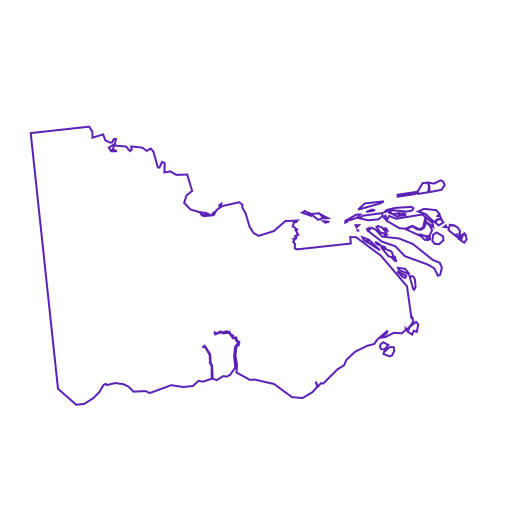 South Fly District, Western, Papua New Guinea (Natural Earth projection), rotated 354°
{"feature_id": "67681753B32450151371022", "entity_name": "South Fly District", "entity_type": "district", "adm_level": 2, "iso_a3": "PNG", "parent_name": "Papua New Guinea", "parent_adm1": "Western", "projection": "natural_earth1", "projection_center": [142.961, -8.494], "detail": "fine", "context": "isolated", "style": "outline", "palette": "violet", "viewbox_px": 512, "rotation_deg": 354, "n_neighbors": 0, "source": "geoboundaries", "source_scale": "gbopen_adm2", "svg_char_len": 6207}
<svg xmlns="http://www.w3.org/2000/svg" viewBox="0 0 512 512"><g transform="rotate(354 256 256)"><path d="M295.6,230.3L297.2,226.8L296.2,227.3L300.4,225.1L289.0,224.3L276.3,233.1L260.7,236.2L256.0,232.9L252.6,226.0L250.2,212.7L247.4,206.5L247.9,203.8L245.0,200.8L227.8,202.8L221.7,206.1L218.2,210.9L209.5,211.0L207.0,210.3L206.1,209.4L204.9,206.7L195.7,202.9L190.1,195.7L193.2,188.5L199.3,184.6L196.1,167.8L185.2,167.0L179.6,162.9L173.6,163.3L174.9,154.2L172.4,152.6L169.2,158.0L167.6,157.6L164.9,141.4L162.5,138.1L158.2,140.0L154.4,136.4L143.4,134.0L143.5,137.2L141.6,138.5L138.3,133.6L126.8,131.3L124.5,134.9L128.6,137.3L122.9,136.7L120.9,132.9L127.4,129.7L128.9,125.0L126.8,124.9L124.7,128.1L122.5,127.9L118.2,125.2L116.7,119.1L105.7,121.2L106.3,115.5L103.7,109.9L44.8,110.2L45.2,367.3L61.6,385.1L69.5,385.2L79.3,380.4L86.0,374.9L90.8,368.4L93.3,367.5L94.3,368.8L102.5,367.6L110.7,369.6L115.7,372.7L120.0,378.1L132.0,378.8L136.1,381.2L158.2,375.6L169.9,378.7L179.6,378.7L185.7,374.2L190.1,375.4L199.1,373.5L200.4,360.7L199.0,357.9L199.6,349.5L195.6,340.7L193.0,341.4L195.6,339.9L200.1,348.9L199.7,357.7L200.9,360.3L200.1,373.4L204.0,375.3L210.8,372.0L214.2,372.9L217.6,371.7L223.7,364.8L223.8,352.9L225.7,344.3L229.6,340.0L227.6,338.5L227.2,335.9L224.6,335.5L221.1,329.5L215.2,329.5L212.7,328.2L207.2,329.7L206.5,326.8L207.8,329.0L213.1,327.3L214.9,328.6L218.0,327.8L221.8,328.7L222.6,331.3L224.9,332.7L225.1,335.1L227.7,334.9L228.2,337.9L230.5,339.9L229.4,342.9L227.0,344.2L225.1,353.4L225.8,361.7L224.4,369.8L236.9,378.5L242.2,378.9L260.6,385.2L277.1,400.2L287.5,402.1L298.3,397.1L303.4,392.2L302.1,387.1L304.1,392.2L307.3,389.3L309.5,389.9L325.1,377.3L332.1,373.9L335.2,368.6L344.5,361.6L357.2,356.9L364.2,355.9L368.3,351.5L379.1,344.0L377.7,346.7L370.9,350.4L376.4,350.1L385.0,346.8L393.0,348.1L397.1,345.3L397.3,343.7L398.2,345.2L403.8,340.1L405.7,336.7L405.0,333.4L404.1,333.7L403.0,302.0L380.4,268.9L357.5,247.8L351.7,247.1L351.6,253.5L297.6,253.7L295.3,252.5L296.1,248.1L294.4,245.7L296.2,243.7L295.3,243.0L297.7,242.7L296.6,239.7L298.2,241.2L299.2,238.4L300.0,238.8L298.6,235.4L299.4,234.1L298.1,234.3L298.3,232.7L295.6,230.3ZM400.0,253.5L383.5,249.9L377.5,242.1L374.1,240.1L370.0,242.7L382.6,254.8L395.6,260.9L404.0,271.7L426.4,282.7L432.0,287.0L434.9,294.6L437.3,293.8L439.6,287.0L438.1,282.0L431.4,278.4L413.2,260.4L400.0,253.5ZM399.2,233.6L392.7,230.1L389.5,234.5L401.6,243.4L407.7,244.5L414.6,242.3L421.2,246.5L425.2,245.1L428.6,235.0L425.7,232.1L399.2,233.6ZM431.8,243.3L428.7,240.6L425.9,245.7L422.7,247.1L419.0,246.3L414.4,242.7L408.3,245.3L422.2,253.6L425.4,257.5L428.9,258.1L430.8,257.5L430.8,255.5L427.6,256.1L427.3,254.2L420.0,251.3L428.5,254.4L430.9,253.7L433.8,248.7L431.8,243.3ZM439.9,229.2L428.0,226.7L421.9,228.7L429.0,232.0L436.8,240.9L440.2,238.4L444.2,238.3L443.0,234.9L442.2,235.7L440.7,235.2L442.9,233.4L439.9,229.2ZM434.9,201.0L435.8,205.1L435.0,210.6L447.4,209.6L451.1,205.1L450.0,201.6L447.5,200.0L440.7,202.6L434.9,201.0ZM385.9,226.5L366.4,227.1L362.8,229.3L371.2,232.2L381.8,232.3L386.2,229.3L385.9,226.5ZM444.1,256.0L438.2,251.5L434.5,253.2L432.9,259.3L435.0,262.6L439.2,263.4L444.0,260.1L444.1,256.0ZM423.7,208.6L423.8,211.2L433.9,210.6L435.4,204.8L434.6,201.0L429.4,200.9L423.7,208.6ZM399.5,222.7L390.9,223.9L388.3,225.7L397.0,224.9L410.8,227.6L416.0,227.1L417.6,224.9L415.9,223.4L399.5,222.7ZM455.9,246.9L452.0,245.2L450.2,250.4L455.7,255.9L457.8,255.6L456.8,256.9L458.1,258.3L460.9,256.3L461.4,252.2L459.6,248.8L456.2,246.1L455.1,245.9L455.9,246.9ZM408.0,348.3L410.2,340.9L408.3,338.2L401.4,342.7L399.0,347.1L403.0,350.5L405.2,346.8L408.0,348.3ZM306.4,217.7L314.8,221.7L314.8,219.9L321.6,226.5L327.0,225.2L323.2,220.1L315.1,220.0L309.3,216.4L306.4,217.7ZM383.4,361.0L379.5,360.6L373.3,364.8L372.6,366.8L378.3,369.7L380.7,369.3L383.7,364.8L383.4,361.0ZM362.4,220.6L385.4,216.6L388.8,215.0L369.7,215.1L362.4,220.6ZM406.6,292.0L408.9,305.4L409.7,306.2L411.5,303.3L411.6,295.8L410.2,292.8L406.6,292.0ZM391.3,271.5L392.5,270.0L391.2,265.7L381.2,260.1L387.7,270.1L391.3,271.5ZM466.3,257.8L465.7,255.2L464.5,255.7L461.9,261.1L462.4,256.1L460.5,258.9L460.1,257.5L459.3,260.1L464.5,264.5L467.2,261.6L466.7,256.2L466.3,257.8ZM373.7,362.5L378.3,358.4L373.6,355.1L370.6,357.0L369.7,359.3L370.6,361.5L373.7,362.5ZM386.0,247.0L387.9,246.0L384.3,240.9L380.8,239.0L378.9,239.6L382.0,245.6L386.0,247.0ZM440.9,244.7L445.9,242.2L444.0,239.0L441.0,238.6L437.5,241.1L440.9,244.7ZM353.0,230.2L360.5,228.5L364.0,225.7L360.5,225.2L350.8,229.4L353.0,230.2ZM403.1,211.8L419.8,211.1L422.1,210.5L423.0,209.9L423.3,209.0L403.1,209.9L403.1,211.8ZM435.3,245.7L434.8,241.5L428.9,235.3L428.5,239.5L435.3,245.7ZM402.9,284.3L395.9,282.6L396.7,284.9L406.8,290.3L402.9,284.3ZM379.9,263.3L369.7,251.3L368.8,251.2L368.8,254.2L379.9,263.3ZM402.1,293.4L403.4,291.4L394.8,286.2L399.8,292.3L402.1,293.4ZM207.4,210.0L213.0,209.3L210.7,207.9L206.0,206.8L207.4,210.0ZM401.9,228.5L397.4,228.6L396.6,228.9L400.5,231.5L402.9,231.0L401.9,228.5ZM367.9,253.8L368.1,250.7L363.7,248.5L365.1,251.8L367.9,253.8ZM370.2,223.7L379.2,223.0L376.2,222.0L370.2,223.7ZM394.8,275.5L394.0,271.3L391.2,272.2L393.5,275.2L394.8,275.5ZM328.4,230.1L332.5,229.5L326.7,228.5L328.4,230.1ZM407.1,230.9L406.5,229.2L402.7,228.4L403.6,231.0L407.1,230.9ZM327.6,225.7L331.5,225.9L325.8,222.1L327.6,225.7ZM359.0,238.1L361.5,236.0L358.2,235.8L359.0,238.1ZM388.6,232.9L389.4,230.7L388.9,229.4L387.2,231.2L388.6,232.9ZM389.3,244.4L388.3,242.1L386.6,241.9L387.4,243.9L389.3,244.4ZM380.4,258.2L379.8,257.0L376.0,254.4L377.5,256.6L380.4,258.2ZM216.5,209.6L219.6,208.9L220.0,207.6L216.5,209.6ZM386.1,248.7L389.7,248.4L385.9,248.0L386.1,248.7ZM448.8,247.5L448.0,245.5L446.1,246.8L448.8,247.5ZM348.6,230.6L348.3,232.1L350.4,231.5L350.3,231.2L348.6,230.6ZM395.4,227.8L393.9,226.1L392.9,226.5L393.0,227.1L395.4,227.8ZM382.6,259.9L386.2,261.2L382.5,259.4L382.6,259.9ZM408.8,230.9L408.8,229.6L407.5,229.2L407.5,230.2L408.8,230.9ZM224.8,202.6L226.9,200.9L227.0,200.4L224.8,201.6L224.8,202.6ZM358.6,241.2L360.3,241.4L360.2,241.0L358.6,241.2ZM369.5,241.4L370.4,240.3L369.3,240.7L369.5,241.4ZM213.4,210.5L214.2,209.4L213.1,210.1L213.4,210.5ZM300.9,225.4L298.8,226.3L298.2,226.7L299.4,226.4L300.9,225.4Z" fill="none" stroke="#5b21b6" stroke-width="2"/></g></svg>